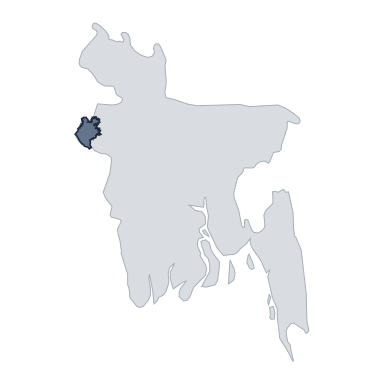 Nawabganj, Rajshahi, Bangladesh (highlighted)
{"feature_id": "16705992B76725860359822", "entity_name": "Nawabganj", "entity_type": "district", "adm_level": 2, "iso_a3": "BGD", "parent_name": "Bangladesh", "parent_adm1": "Rajshahi", "projection": "robinson", "projection_center": [88.409, 24.691], "detail": "fine", "context": "in_parent", "style": "filled", "palette": "slate", "viewbox_px": 384, "rotation_deg": 0, "n_neighbors": 0, "source": "geoboundaries", "source_scale": "gbopen_adm2", "svg_char_len": 8438}
<svg xmlns="http://www.w3.org/2000/svg" viewBox="0 0 384 384"><path d="M127.7,284.8L127.6,274.2L121.1,253.3L121.4,251.0L120.0,241.0L118.3,235.4L117.5,229.4L121.4,220.9L119.9,219.5L111.1,216.9L110.1,214.7L112.0,206.3L105.7,198.3L103.2,192.4L109.9,173.2L111.6,159.9L111.1,157.3L107.0,154.3L99.8,153.1L94.6,150.6L91.7,146.8L89.1,145.3L86.0,146.4L82.0,145.0L78.7,141.2L75.9,136.7L77.0,131.7L82.2,119.9L84.2,119.5L88.7,121.8L90.4,121.8L93.4,117.1L97.6,103.9L112.3,105.0L115.8,104.6L119.4,103.5L121.4,101.9L122.5,99.7L122.1,97.9L117.6,95.4L115.9,93.5L114.6,88.2L113.3,86.2L104.5,85.9L99.9,83.5L97.4,81.3L92.9,74.1L87.4,68.7L82.1,67.5L80.1,65.7L79.0,63.0L79.6,59.0L82.3,51.4L96.8,34.9L97.2,33.0L96.6,30.9L92.4,28.2L92.1,26.9L93.3,23.5L95.7,23.0L100.7,26.2L105.8,31.3L108.8,35.8L109.0,39.4L112.9,40.1L116.2,41.7L119.7,41.2L121.9,42.1L123.4,41.8L123.9,39.7L121.0,34.5L122.4,32.4L125.8,32.5L128.2,34.4L129.9,38.4L130.3,44.6L134.2,50.3L139.4,54.2L143.4,56.1L148.3,57.4L152.4,56.1L154.5,52.2L153.5,48.7L154.2,45.6L155.8,43.8L158.4,43.9L160.4,46.4L166.1,59.9L165.0,65.8L166.3,82.2L164.9,92.9L165.8,97.1L166.8,97.8L175.3,99.8L187.7,104.1L197.2,105.7L240.1,104.5L249.5,106.6L278.1,105.0L285.9,108.4L294.4,114.0L299.2,118.2L300.1,120.6L299.6,122.6L298.0,123.7L295.1,123.7L288.3,121.0L287.2,121.8L287.1,128.3L281.7,144.5L281.0,149.5L279.1,151.5L273.5,152.5L269.7,161.9L268.2,163.1L264.5,161.0L262.2,161.4L259.3,162.2L256.4,164.4L254.4,167.1L252.1,168.0L244.1,167.9L242.6,172.3L237.4,178.0L233.8,193.2L234.1,197.8L238.6,210.0L241.8,225.7L243.0,227.3L244.5,227.4L244.5,220.2L246.0,219.3L247.9,220.1L251.7,229.8L253.8,232.3L257.2,233.0L261.0,231.5L263.8,228.7L264.9,225.6L263.9,215.0L265.6,210.7L272.1,204.3L273.0,202.3L272.6,191.7L275.0,191.4L278.3,192.2L282.5,189.7L283.8,189.6L285.5,192.3L288.5,191.8L293.1,212.9L293.5,227.7L294.6,236.0L296.2,237.8L301.2,250.2L306.2,293.7L306.9,321.4L308.9,330.8L307.3,332.9L305.7,333.3L304.2,330.0L293.6,323.0L291.0,323.7L287.4,327.8L286.0,331.6L286.7,336.9L287.9,342.1L290.4,345.1L290.6,348.4L293.5,360.9L292.7,361.0L286.9,349.6L279.8,338.5L277.4,318.5L277.2,308.7L272.3,297.1L267.8,276.9L269.7,269.8L266.3,272.9L261.0,260.8L252.7,248.9L250.3,243.6L250.2,238.5L246.6,243.7L241.8,247.3L236.9,252.7L233.6,254.4L223.3,255.4L217.2,248.1L208.6,230.3L207.4,226.3L208.5,215.8L206.4,205.9L205.8,197.2L204.3,198.0L203.7,200.4L204.0,204.1L203.4,207.2L189.0,205.2L195.2,210.4L201.8,211.6L205.2,216.2L205.5,224.0L199.0,228.7L199.6,232.6L203.4,237.4L198.8,238.7L197.6,241.8L197.5,246.3L200.7,253.2L200.1,255.8L205.6,264.8L206.7,269.1L205.4,275.2L193.6,287.4L190.2,296.1L187.3,300.2L183.7,301.0L179.2,296.8L179.2,292.6L180.1,289.2L186.2,281.1L182.9,282.2L173.3,288.9L171.5,283.5L170.3,278.4L170.2,272.2L174.8,263.0L169.6,267.6L168.2,273.4L168.8,280.1L168.2,284.9L166.1,291.2L163.4,295.0L158.9,297.4L156.9,301.1L153.9,303.9L152.8,291.2L149.5,274.2L148.8,277.8L150.5,288.4L150.4,295.3L148.0,300.7L143.0,306.6L139.2,307.4L137.0,306.5L129.9,297.7L129.2,289.4L127.7,284.8ZM214.9,285.0L206.1,287.1L201.6,286.5L209.9,271.1L209.6,264.2L208.3,258.7L204.1,254.2L203.8,250.9L201.9,246.6L200.9,241.4L205.6,239.8L209.4,242.7L210.8,248.6L212.7,252.9L219.4,261.9L219.3,267.4L217.5,280.9L214.9,285.0ZM233.7,280.0L228.4,284.1L230.0,259.9L234.1,268.9L235.1,273.7L233.7,280.0ZM254.2,267.9L251.8,269.6L249.6,268.1L246.8,262.5L248.2,255.3L249.0,254.2L252.4,261.6L254.2,267.9ZM274.3,319.0L271.2,319.3L269.7,317.6L270.4,315.1L269.6,307.3L273.4,306.5L274.9,313.1L274.3,319.0ZM270.8,297.1L268.6,304.9L267.6,301.4L269.2,294.5L270.8,297.1ZM207.9,234.0L208.8,236.5L203.8,233.2L202.5,230.9L204.7,229.7L207.9,234.0Z" fill="#d9dde1" stroke="#a8b0b8" stroke-width="1"/><path d="M94.6,117.0L94.4,117.0L94.5,117.2L94.7,117.3L94.8,117.5L94.9,117.8L94.8,118.0L94.5,118.3L94.4,118.3L94.4,118.2L94.3,118.3L94.2,118.2L94.2,118.4L94.0,118.5L93.6,118.2L93.3,118.3L93.3,118.1L93.1,118.1L93.1,117.9L93.1,117.6L92.9,117.7L92.7,117.6L92.8,117.9L92.6,118.0L92.5,118.3L92.3,118.1L91.8,118.4L91.8,118.7L91.6,118.9L91.7,119.2L91.5,119.5L91.4,119.7L91.1,119.6L91.0,119.8L91.2,120.5L91.4,120.4L91.5,120.5L91.4,120.9L91.7,120.8L92.0,120.8L92.1,121.2L92.0,121.4L91.9,121.4L91.9,121.6L91.7,122.0L91.4,122.4L91.3,122.5L91.1,122.5L90.8,122.2L90.8,121.7L90.6,121.7L90.6,121.9L90.4,121.8L90.1,122.1L90.0,122.4L89.9,122.4L89.9,122.2L89.7,121.9L89.8,121.8L89.9,121.6L89.7,121.6L89.6,121.4L89.3,121.4L89.1,121.5L89.1,121.4L88.8,121.3L88.7,121.4L88.6,121.2L88.6,120.9L88.4,120.9L88.2,121.3L88.1,122.0L87.7,122.0L87.9,121.7L88.0,121.2L88.0,119.9L87.9,119.5L87.7,119.2L87.4,119.0L86.7,118.4L86.5,118.0L86.2,117.4L84.9,117.4L84.1,117.7L83.9,117.5L83.8,117.8L83.5,118.0L83.4,118.0L83.5,117.9L83.2,117.8L83.1,118.0L83.0,118.3L82.7,118.3L82.7,118.5L82.6,118.8L82.2,118.8L82.0,118.7L81.6,118.6L81.7,119.9L81.9,119.9L82.2,120.1L82.4,120.4L82.5,120.6L82.4,120.8L82.8,120.9L82.8,121.1L83.0,121.0L83.2,121.3L82.8,121.4L82.6,121.2L82.4,121.6L82.5,121.7L82.5,121.8L82.9,122.0L82.7,122.4L83.0,122.9L83.3,122.9L83.5,123.0L83.2,123.0L82.8,123.2L82.9,123.7L82.8,123.8L82.7,123.7L82.3,123.7L82.1,123.7L82.0,124.0L81.8,124.1L81.7,124.5L81.8,124.6L81.5,124.6L81.4,124.5L81.4,124.8L81.4,125.5L81.5,126.3L81.3,126.3L80.9,125.5L80.9,125.2L80.3,125.8L80.0,126.6L80.0,127.8L79.5,127.7L79.2,127.6L78.6,128.4L78.3,128.2L78.1,128.4L78.3,128.5L78.2,128.7L78.4,128.9L78.0,129.5L78.3,129.9L77.8,131.2L77.5,131.5L77.4,131.8L77.1,131.9L76.8,132.1L75.1,134.3L75.9,135.0L76.1,135.4L76.8,135.7L77.3,136.8L78.2,138.1L78.3,138.4L78.8,139.3L79.2,140.2L79.6,140.8L80.0,141.4L81.2,142.8L81.8,143.5L82.2,143.9L82.6,144.0L83.4,144.5L84.0,145.2L84.2,145.6L84.3,146.0L84.7,146.3L85.3,146.6L86.1,146.7L87.2,147.1L87.9,147.3L88.5,147.8L88.8,148.2L89.0,148.7L89.3,149.0L90.8,147.8L91.2,147.8L91.3,147.2L90.5,146.4L90.4,145.8L90.2,145.6L90.2,145.4L90.0,145.2L90.0,144.5L90.3,143.8L90.4,142.9L90.2,141.7L89.9,140.7L89.8,140.3L90.1,140.4L90.0,140.1L90.4,140.1L90.7,140.1L91.2,139.6L91.4,139.0L92.0,139.1L92.5,138.6L92.5,138.3L92.8,138.1L93.0,138.3L93.1,138.6L93.2,138.3L93.3,138.1L93.8,138.1L93.9,138.3L94.3,138.3L94.5,138.1L94.7,137.9L95.3,137.8L95.6,137.4L95.9,137.4L95.9,137.2L95.7,137.0L95.7,136.5L95.7,136.4L95.8,136.3L96.2,136.3L96.3,136.1L96.3,135.8L95.8,135.5L95.8,135.4L96.0,135.2L96.5,135.3L96.6,134.9L96.5,134.6L96.6,134.4L96.8,134.3L96.9,134.5L97.2,134.7L97.7,134.7L97.6,134.8L98.1,134.9L98.1,134.7L98.5,134.9L98.9,134.8L99.1,134.8L99.3,135.0L99.4,134.8L99.3,134.5L99.6,134.2L99.9,134.4L99.9,133.9L100.4,134.0L100.3,133.9L100.4,133.6L99.9,133.5L99.4,133.7L99.3,133.8L98.8,133.7L98.5,134.3L98.0,134.1L97.6,133.7L97.8,133.3L98.1,133.4L98.3,133.3L98.6,133.4L98.8,133.6L99.0,133.5L99.0,133.3L99.0,133.2L99.3,133.0L99.3,132.7L99.3,132.4L99.2,132.2L99.4,131.9L99.7,131.8L99.8,131.4L100.1,131.3L100.3,130.6L100.4,130.4L100.0,130.4L99.5,130.2L99.3,130.5L98.9,130.5L98.6,130.3L98.3,130.7L97.9,130.6L97.9,130.1L98.1,129.7L97.6,129.5L97.7,129.0L98.3,128.9L98.5,129.0L98.6,129.7L98.8,129.7L99.1,129.9L99.4,129.6L99.6,129.8L99.5,129.6L99.5,129.4L99.3,129.1L99.5,128.8L99.6,128.4L99.3,128.3L99.2,128.2L99.0,128.3L98.8,128.2L98.6,128.6L98.4,128.8L98.2,128.6L98.3,128.5L98.2,128.5L97.6,128.2L97.4,127.9L97.1,127.9L97.0,128.0L96.5,127.9L96.2,128.4L95.4,128.5L95.4,128.2L95.8,128.1L95.7,127.7L96.0,127.5L96.4,127.5L96.4,127.2L96.4,126.8L96.6,126.2L96.8,126.4L97.1,125.8L97.0,125.6L97.3,125.3L97.2,125.1L96.7,125.3L96.5,125.6L96.4,125.6L96.2,125.3L96.2,125.2L95.8,125.3L95.5,125.2L95.4,125.2L95.4,124.9L95.5,124.8L95.9,124.8L95.8,124.5L95.8,124.3L95.6,124.3L95.4,124.3L95.6,124.3L95.5,124.7L95.2,124.7L95.0,125.0L94.9,125.1L94.7,125.2L94.5,125.6L94.2,125.6L93.9,125.4L94.0,124.8L94.1,125.0L94.5,124.9L94.7,125.0L94.8,124.9L94.9,124.7L94.6,124.5L94.8,124.4L95.1,124.4L95.2,124.2L95.4,123.8L95.5,123.9L95.6,124.1L95.8,124.0L95.9,123.8L96.1,123.8L96.1,124.1L96.6,124.3L96.9,123.9L97.7,123.9L97.8,123.8L97.5,123.6L97.3,123.3L97.1,123.3L97.3,123.0L97.8,123.1L98.1,123.5L98.4,123.9L98.5,124.0L98.7,123.6L98.6,122.9L98.8,122.8L98.9,122.7L99.1,122.5L99.1,122.2L99.3,122.1L99.3,121.9L99.6,121.9L99.3,121.5L99.3,121.4L99.2,121.3L99.2,121.0L99.1,120.8L99.1,120.5L99.3,120.5L99.5,120.3L99.5,119.9L99.4,119.7L99.5,119.5L99.5,119.3L99.1,119.0L98.8,118.9L98.4,118.5L97.8,118.9L97.4,118.9L97.5,119.3L97.8,119.4L97.8,119.6L97.7,119.7L97.4,119.8L97.1,119.6L96.8,119.6L96.4,119.1L96.4,118.9L96.4,118.7L96.5,118.3L96.4,118.1L96.6,117.5L96.5,117.2L96.2,116.9L95.8,116.9L95.3,117.2L95.2,117.0L94.8,117.3L94.6,117.0Z" fill="#64748b" stroke="#1e293b" stroke-width="1.5"/></svg>